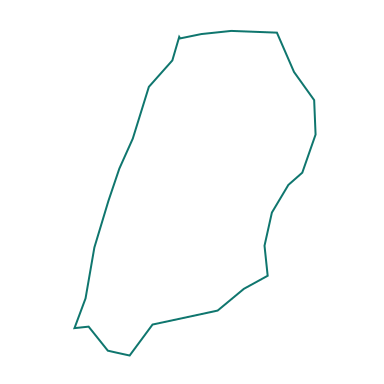 the district of Sotenäs, Västra Götaland, Sweden, rotated 174°
{"feature_id": "70781695B30860810516281", "entity_name": "Sotenäs", "entity_type": "district", "adm_level": 2, "iso_a3": "SWE", "parent_name": "Sweden", "parent_adm1": "Västra Götaland", "projection": "albers", "projection_center": [11.361, 58.424], "detail": "fine", "context": "isolated", "style": "outline", "palette": "teal", "viewbox_px": 384, "rotation_deg": 174, "n_neighbors": 0, "source": "geoboundaries", "source_scale": "gbopen_adm2", "svg_char_len": 499}
<svg xmlns="http://www.w3.org/2000/svg" viewBox="0 0 384 384"><g transform="rotate(174 192 192)"><path d="M125.5,100.8L125.5,131.0L114.7,163.2L95.4,189.0L80.3,199.7L63.1,236.2L60.9,270.6L78.0,300.7L90.9,341.6L136.1,348.1L166.2,348.1L187.7,346.0L188.5,347.6L197.8,324.9L223.9,301.1L245.3,251.3L261.8,222.9L276.0,192.0L294.9,147.0L309.0,97.3L323.1,68.9L308.9,68.9L292.3,43.0L284.1,40.2L271.1,35.9L245.1,64.3L178.9,71.4L150.5,90.3L125.5,100.8Z" fill="none" stroke="#0f766e" stroke-width="2"/></g></svg>